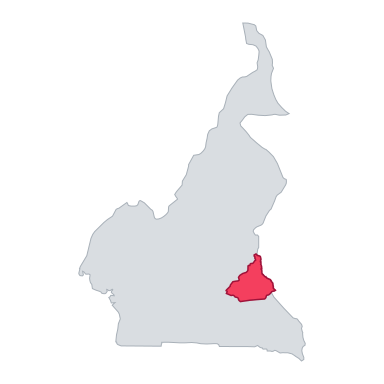 Kadei, Est, Cameroon shown in context
{"feature_id": "32672807B29047919086815", "entity_name": "Kadei", "entity_type": "district", "adm_level": 2, "iso_a3": "CMR", "parent_name": "Cameroon", "parent_adm1": "Est", "projection": "orthographic", "projection_center": [14.712, 4.477], "detail": "fine", "context": "in_parent", "style": "filled", "palette": "rose", "viewbox_px": 384, "rotation_deg": 0, "n_neighbors": 0, "source": "geoboundaries", "source_scale": "gbopen_adm2", "svg_char_len": 6638}
<svg xmlns="http://www.w3.org/2000/svg" viewBox="0 0 384 384"><path d="M79.5,268.7L80.4,266.4L86.8,255.7L91.0,238.3L92.8,234.3L94.7,231.6L104.0,222.4L107.5,219.5L112.5,216.2L116.1,209.4L117.3,208.7L118.9,208.2L126.9,202.5L127.6,203.6L128.1,205.0L128.7,205.6L131.2,206.1L134.8,206.1L136.8,205.7L137.9,204.5L139.0,201.3L139.7,200.7L140.5,200.6L144.3,202.8L150.7,209.2L152.3,210.3L153.0,211.5L154.3,217.2L155.1,218.6L156.5,219.2L158.9,218.9L161.5,217.9L163.8,216.4L166.1,214.5L167.6,212.8L168.3,211.6L168.6,206.9L169.1,205.9L177.5,199.2L177.3,198.5L175.9,196.6L174.7,194.5L176.0,192.4L177.3,190.7L182.1,185.1L182.4,181.1L186.3,174.7L188.6,166.2L188.6,164.6L193.7,155.3L199.0,154.5L201.0,153.2L203.3,150.9L204.8,148.8L205.6,146.8L206.1,142.8L207.1,138.3L207.7,134.4L209.3,130.8L211.9,128.9L216.5,127.4L217.2,126.7L217.8,124.3L218.5,116.3L219.3,112.7L223.6,108.7L225.5,102.5L227.1,95.9L232.0,88.0L237.6,80.1L240.2,78.0L242.4,77.0L244.9,76.9L246.7,76.4L252.7,72.4L255.2,71.1L257.1,69.8L257.5,68.6L257.7,66.8L257.1,62.8L258.2,59.8L258.8,55.2L259.1,51.6L258.8,50.3L257.7,48.2L255.9,46.0L252.9,44.7L248.8,44.3L246.6,43.5L245.8,39.4L245.5,36.7L242.8,23.0L248.0,23.1L254.3,24.7L255.8,26.0L256.7,30.6L258.9,33.3L262.9,35.5L265.4,40.0L266.4,46.9L268.6,50.9L269.1,51.6L272.3,59.3L272.5,62.9L272.2,65.3L273.5,68.3L271.5,73.4L271.0,76.5L270.8,80.9L271.9,88.7L273.8,94.7L275.8,99.5L278.0,103.3L281.6,107.4L285.5,111.2L289.1,113.6L285.8,115.0L279.3,115.2L275.6,114.4L273.8,114.4L272.0,114.9L265.1,115.6L258.2,115.2L251.7,114.3L247.8,114.4L244.8,116.8L242.3,120.2L240.0,123.0L240.8,126.0L242.5,127.7L245.9,131.4L248.8,135.0L250.4,137.4L256.4,142.7L262.1,147.4L264.9,149.1L265.9,149.4L269.0,152.1L273.4,156.6L277.4,163.5L283.0,177.5L284.3,178.7L286.2,179.4L286.4,180.9L286.3,183.1L285.7,184.8L281.2,192.2L277.3,195.0L276.1,196.7L274.6,200.9L271.0,209.2L269.5,210.4L265.9,216.0L263.1,223.1L262.3,224.2L261.1,225.1L257.0,226.8L255.6,227.7L253.5,229.9L253.2,231.4L254.2,233.4L255.3,235.0L257.5,235.0L258.7,236.5L258.7,247.5L257.7,249.2L257.7,249.9L257.3,251.8L257.1,253.9L257.4,254.7L258.3,255.4L259.4,256.9L260.0,260.3L261.4,272.2L262.1,274.0L263.2,275.4L266.9,277.9L270.7,281.3L271.9,283.5L272.6,287.1L274.1,289.9L274.1,290.9L273.5,291.2L271.1,291.5L271.9,293.5L273.9,297.1L283.7,308.1L293.1,317.9L295.3,318.6L296.9,318.8L297.6,319.4L298.5,320.8L301.6,324.4L302.2,326.4L301.5,328.4L302.2,331.4L302.8,332.6L302.6,333.5L302.9,337.3L303.8,340.5L305.2,343.3L305.0,345.3L303.2,346.4L302.2,348.2L301.8,350.7L302.4,353.8L303.8,357.4L303.8,359.5L301.5,361.0L299.0,358.5L296.3,356.8L292.1,353.9L287.9,352.8L282.5,352.7L280.1,353.0L276.1,350.7L274.8,350.3L273.0,351.3L271.8,351.4L270.3,351.0L267.2,351.0L266.9,349.3L266.4,349.0L263.0,349.1L262.0,347.7L261.6,347.9L260.2,347.5L257.6,345.5L254.7,346.8L248.9,346.6L219.4,346.5L218.7,344.7L217.2,343.7L214.6,343.6L206.7,344.0L200.7,343.7L196.7,342.9L191.7,342.5L185.5,342.8L179.2,342.8L167.9,342.2L161.7,342.3L161.8,343.4L161.4,344.2L161.1,346.2L121.1,345.9L117.9,344.6L116.9,343.7L116.6,342.1L115.8,341.9L116.5,334.9L117.8,329.1L118.4,323.7L120.3,318.9L119.3,314.1L118.2,312.0L112.2,305.2L115.0,302.6L111.3,303.0L110.5,300.5L108.8,297.4L109.9,296.9L110.9,295.3L114.2,295.8L114.1,295.0L111.3,292.5L111.6,291.2L112.8,289.8L112.2,289.2L110.1,290.6L108.7,290.6L107.5,289.6L106.7,289.4L107.2,291.4L106.0,293.1L105.0,293.7L103.1,293.6L101.6,293.1L101.2,292.2L99.8,291.4L95.8,290.1L92.4,288.6L91.8,284.4L90.5,282.7L89.9,280.6L89.6,278.3L90.1,274.8L89.3,274.2L88.3,274.0L86.9,274.2L85.5,274.0L84.0,272.0L82.6,271.3L83.4,274.9L82.4,275.9L80.0,275.6L79.0,274.2L78.8,273.2L79.9,268.8L79.5,268.7Z" fill="#d9dde1" stroke="#a8b0b8" stroke-width="1"/><path d="M272.0,291.6L272.3,291.5L272.5,291.4L272.9,291.3L273.1,291.2L273.4,291.2L273.6,291.1L274.4,291.0L274.7,290.7L274.8,290.7L275.2,290.5L275.4,290.4L275.5,290.3L275.4,290.2L275.2,289.9L274.8,289.9L274.6,290.0L274.4,289.6L274.2,289.3L274.1,289.0L274.0,288.8L273.9,288.8L273.8,288.6L273.5,288.5L273.4,288.4L273.2,287.9L273.3,287.7L273.3,287.3L273.4,287.2L273.4,286.8L273.2,286.7L273.2,286.3L273.1,286.0L273.1,285.8L273.2,285.6L273.1,285.4L272.9,285.1L272.9,284.9L273.0,284.8L273.0,284.6L273.0,284.4L273.0,284.2L272.9,284.1L272.9,283.9L272.9,283.6L272.8,283.3L272.6,282.8L272.4,282.8L272.3,282.6L272.1,282.4L271.9,282.0L271.7,281.7L271.5,281.4L271.4,281.1L271.2,281.2L271.0,280.8L270.7,280.5L270.7,280.3L270.7,280.2L270.6,279.8L270.5,279.7L270.2,279.5L269.7,279.4L269.6,279.2L269.2,279.0L268.9,279.0L268.5,279.0L268.5,278.8L268.4,278.7L268.2,278.6L267.9,278.5L267.6,278.4L267.3,278.2L267.0,278.1L266.8,278.1L266.7,278.0L266.6,277.7L266.3,277.3L266.2,277.3L265.9,277.2L265.8,276.8L265.6,276.9L265.2,276.8L265.1,276.7L264.8,276.4L264.6,276.4L264.3,275.9L264.2,275.9L263.9,275.6L263.8,275.4L263.6,275.3L263.6,275.2L263.4,274.9L263.3,274.7L262.9,274.7L262.6,274.1L262.4,273.9L262.2,273.9L262.2,273.6L262.1,273.3L261.9,273.1L261.9,272.9L261.9,272.4L261.8,271.9L261.9,271.7L261.9,271.2L261.8,270.4L261.8,270.0L261.6,269.8L261.6,269.6L261.3,269.4L261.2,269.2L261.5,269.2L261.7,268.9L261.7,268.7L261.8,268.5L261.7,268.3L261.8,268.1L261.6,267.2L261.4,267.0L261.5,266.8L261.4,266.6L261.6,266.4L261.6,266.2L261.4,265.8L261.3,265.6L261.2,265.1L261.0,264.6L260.8,264.5L260.7,264.4L260.8,264.2L260.9,263.9L261.0,263.4L261.0,263.2L260.8,262.9L260.7,262.7L260.6,262.4L260.7,262.2L260.7,261.9L260.6,261.7L260.9,261.7L260.7,260.9L260.7,260.6L260.7,260.4L260.5,260.1L260.6,259.8L260.9,259.6L261.0,259.4L260.9,258.8L260.9,258.7L260.5,256.9L260.4,256.8L260.3,256.5L260.0,256.3L259.9,256.1L259.4,256.0L259.2,255.8L258.9,255.8L258.7,255.8L258.4,255.7L258.2,255.7L257.9,255.5L257.6,255.5L257.4,255.4L257.2,255.1L256.8,254.9L256.2,254.3L256.1,254.0L256.0,253.9L255.4,254.4L254.7,254.6L254.1,255.0L254.2,256.2L255.0,257.0L254.8,258.1L255.4,259.1L255.6,260.2L254.8,260.7L254.2,261.6L253.1,263.1L252.6,263.4L250.9,263.5L250.2,264.0L249.8,265.5L248.7,265.4L248.1,265.8L248.0,266.1L248.0,267.5L247.9,270.3L247.4,271.2L246.2,272.4L242.7,273.5L239.8,275.4L238.5,277.3L239.2,279.9L238.5,280.7L237.5,281.0L236.3,281.1L234.4,281.4L232.9,281.7L230.6,284.7L230.4,285.1L230.2,285.5L230.3,286.2L226.5,289.9L226.1,290.7L227.0,291.2L227.2,291.8L226.8,292.6L226.4,293.5L229.3,294.7L231.1,295.5L233.0,295.2L233.8,295.6L234.0,295.7L234.6,296.3L235.1,297.0L236.8,297.4L237.0,297.4L237.8,297.8L238.4,298.6L238.5,299.6L239.1,300.5L240.4,301.6L243.6,301.1L248.1,300.5L249.9,300.2L252.7,300.0L254.6,299.8L256.7,299.6L259.3,299.4L264.6,299.0L265.2,298.5L265.9,297.6L266.3,296.0L266.6,295.4L267.5,295.1L268.6,294.9L269.9,293.9L270.8,292.9L271.0,292.7L271.8,291.6L272.0,291.6Z" fill="#f43f5e" stroke="#9f1239" stroke-width="1.5"/></svg>